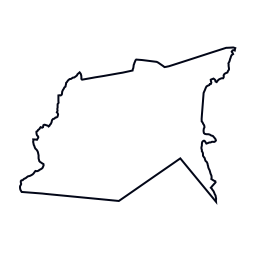 Euclides da Cunha, Bahia, Brazil (Robinson projection), rotated 178°
{"feature_id": "56859067B4723677873776", "entity_name": "Euclides da Cunha", "entity_type": "district", "adm_level": 2, "iso_a3": "BRA", "parent_name": "Brazil", "parent_adm1": "Bahia", "projection": "robinson", "projection_center": [-38.934, -10.468], "detail": "fine", "context": "isolated", "style": "outline", "palette": "ink", "viewbox_px": 256, "rotation_deg": 178, "n_neighbors": 0, "source": "geoboundaries", "source_scale": "gbopen_adm2", "svg_char_len": 3490}
<svg xmlns="http://www.w3.org/2000/svg" viewBox="0 0 256 256"><g transform="rotate(178 128 128)"><path d="M212.5,133.7L212.9,131.8L213.9,131.3L215.3,131.9L216.1,130.9L216.6,130.0L217.8,129.3L218.6,128.1L219.6,127.6L219.7,126.5L219.5,124.9L219.1,123.7L218.1,122.7L218.0,121.6L218.7,120.5L219.4,119.4L220.7,119.7L223.1,119.9L223.0,118.5L223.3,117.5L223.0,115.9L222.8,114.5L222.2,113.2L221.8,111.7L221.2,110.5L220.5,109.9L219.6,108.7L218.9,107.1L218.6,105.4L218.3,103.7L218.4,102.3L218.4,100.5L218.1,99.4L217.8,98.0L216.8,96.9L215.9,96.4L214.8,95.5L213.8,95.0L213.6,93.8L214.2,92.3L214.9,91.0L215.8,90.3L217.1,89.6L218.1,89.2L218.8,88.5L220.4,88.0L222.0,88.3L223.0,87.1L224.0,85.8L224.9,85.0L226.1,84.3L227.9,83.5L229.6,83.2L230.8,82.4L232.1,81.4L233.3,81.0L234.2,80.4L235.1,79.5L236.3,79.4L237.0,78.6L237.0,77.1L236.7,75.8L237.2,74.7L237.9,73.6L238.0,72.6L237.9,70.9L237.5,69.6L236.5,67.8L216.0,65.5L212.6,65.0L175.4,60.1L160.9,58.2L139.7,55.4L131.7,60.5L102.5,79.3L85.0,90.5L76.8,95.8L65.3,80.8L42.6,51.2L42.7,53.0L42.4,54.0L42.6,55.5L42.9,57.5L43.6,58.8L44.1,60.3L44.7,61.8L45.7,63.2L46.6,64.7L47.3,65.4L45.6,67.3L42.4,70.6L42.6,71.7L44.1,72.4L46.5,74.1L46.2,75.3L46.2,76.4L46.3,77.5L46.7,78.5L47.1,79.5L47.7,82.1L48.1,83.4L48.6,84.3L49.1,85.7L49.3,87.2L49.6,88.2L49.8,89.7L50.5,91.3L51.5,92.2L52.1,93.6L52.4,95.2L53.2,96.3L54.0,97.6L54.0,98.7L54.0,99.9L54.2,100.9L55.0,102.3L54.9,103.4L55.3,104.7L55.3,106.1L54.8,107.8L54.7,109.5L54.4,111.2L53.6,112.2L52.5,112.7L51.6,112.1L50.8,110.7L50.2,109.7L49.1,110.0L47.3,110.7L45.9,110.7L44.5,111.3L42.3,111.1L41.3,111.6L40.6,112.4L40.9,113.7L41.8,115.0L42.6,116.0L43.5,117.1L45.1,117.6L46.6,118.6L48.1,119.0L49.1,119.0L50.2,119.1L51.5,119.5L52.3,120.3L52.5,121.4L52.6,122.6L52.4,123.8L52.2,124.9L51.6,125.8L51.6,127.2L52.0,128.4L52.7,129.5L53.3,131.0L54.1,132.0L54.1,133.4L54.1,134.5L53.7,138.3L51.2,160.4L50.5,161.9L49.7,163.5L49.1,165.0L48.1,166.8L46.8,167.5L45.2,168.1L44.7,169.1L43.6,169.2L43.1,170.5L43.5,171.9L43.6,173.4L42.0,174.0L40.8,174.4L39.8,173.6L39.1,172.8L38.9,171.4L37.8,170.8L36.7,172.2L35.5,173.3L34.5,173.8L32.9,174.4L31.2,174.4L30.5,175.6L30.6,177.3L29.7,178.7L28.4,179.4L26.7,180.0L26.2,181.3L25.1,182.8L25.0,184.2L25.2,185.5L25.3,186.8L25.2,187.9L25.4,189.1L24.5,190.6L24.0,191.8L23.6,193.3L23.0,194.6L22.7,195.6L22.0,197.1L21.2,197.7L20.4,198.2L20.9,199.4L21.7,200.6L20.8,201.9L19.8,202.1L18.6,201.7L18.4,202.9L18.0,204.1L20.0,204.8L24.3,204.7L27.1,204.7L42.7,200.3L61.9,194.8L64.7,194.0L81.3,189.3L84.9,188.3L87.7,187.8L89.4,187.6L90.7,188.7L95.7,192.4L97.0,193.1L111.3,195.4L117.4,196.1L118.2,195.3L118.6,194.2L119.2,193.1L119.6,191.9L120.1,190.8L120.3,189.5L120.6,187.8L121.2,186.4L121.4,185.3L131.4,183.5L136.0,182.9L150.8,180.8L158.9,179.8L163.0,179.2L172.2,177.9L172.9,178.7L172.8,180.2L172.9,182.1L173.4,183.9L174.4,185.3L175.6,184.3L176.6,183.5L177.2,182.3L178.4,181.4L179.9,180.4L181.5,180.2L182.5,179.5L183.4,179.0L184.4,179.0L185.4,178.4L186.5,177.4L187.4,176.1L188.3,175.2L188.4,174.0L188.8,172.8L189.0,171.6L190.2,170.7L190.8,169.5L191.8,168.1L192.5,166.6L192.7,165.1L193.0,163.7L194.1,162.9L195.2,163.1L196.4,163.0L196.6,157.3L196.5,155.6L197.5,154.3L197.6,152.6L197.6,151.1L198.0,149.5L197.8,147.6L198.6,146.2L197.8,145.3L197.4,144.2L197.6,143.1L198.1,141.7L199.0,141.1L200.1,141.0L201.3,139.9L202.5,139.7L203.5,138.7L203.9,137.7L204.2,136.4L205.0,134.8L205.8,134.1L206.4,133.0L207.3,132.3L208.0,133.1L209.3,133.5L210.5,134.0L211.6,134.2L212.5,133.7Z" fill="none" stroke="#020617" stroke-width="2"/></g></svg>